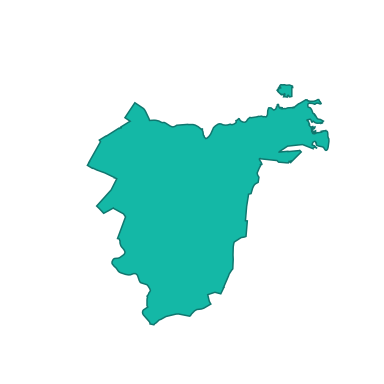 Inner West, New South Wales, Australia, rotated 24°
{"feature_id": "25037944B74627164094069", "entity_name": "Inner West", "entity_type": "district", "adm_level": 2, "iso_a3": "AUS", "parent_name": "Australia", "parent_adm1": "New South Wales", "projection": "natural_earth1", "projection_center": [151.167, -33.89], "detail": "fine", "context": "isolated", "style": "filled", "palette": "teal", "viewbox_px": 384, "rotation_deg": 24, "n_neighbors": 0, "source": "geoboundaries", "source_scale": "gbopen_adm2", "svg_char_len": 5835}
<svg xmlns="http://www.w3.org/2000/svg" viewBox="0 0 384 384"><g transform="rotate(24 192 192)"><path d="M254.8,286.7L253.2,285.6L252.1,284.6L248.1,279.4L253.7,274.3L259.7,273.3L259.9,267.1L259.6,266.9L260.1,265.8L259.6,265.4L259.5,253.6L259.3,252.0L260.1,246.7L260.4,246.4L260.5,245.6L257.0,236.7L255.1,232.9L252.0,225.4L251.3,222.9L250.9,220.8L251.2,220.1L255.4,213.7L258.3,211.7L259.4,210.6L254.3,195.9L252.5,196.5L247.7,182.7L244.9,172.1L244.5,171.1L246.6,169.4L245.8,163.6L245.9,160.9L246.2,159.7L246.8,158.5L248.5,156.3L247.2,151.4L246.8,151.0L245.2,150.0L243.8,148.2L243.7,143.0L243.9,140.1L243.7,139.5L243.4,139.1L244.5,138.6L244.6,138.2L243.1,136.8L240.4,135.0L240.1,134.1L240.5,133.7L240.8,133.9L256.9,128.7L258.9,129.5L266.8,126.8L268.3,126.1L268.3,124.6L270.2,125.0L270.3,124.5L269.2,124.1L270.2,123.0L270.8,123.2L275.5,111.0L273.6,110.2L273.5,110.5L273.2,110.5L263.2,116.1L263.0,115.8L255.4,120.1L255.3,119.7L260.7,111.2L269.3,106.2L273.7,103.7L284.8,103.2L284.6,102.9L286.0,100.9L287.8,101.3L287.9,101.0L286.2,100.5L285.3,100.0L282.6,100.1L282.3,98.8L282.3,97.4L282.5,96.9L283.5,95.8L284.3,95.7L284.9,96.4L285.4,96.4L285.8,96.9L285.6,97.2L286.8,98.5L289.1,98.5L292.6,97.7L293.4,97.7L294.4,98.0L296.5,99.4L297.4,99.5L298.0,99.1L298.4,97.6L298.1,95.6L296.5,90.1L295.4,87.8L294.5,87.2L293.3,85.6L292.6,84.0L291.6,82.3L290.9,81.7L290.4,81.6L289.5,81.8L289.2,81.4L287.2,83.0L287.0,82.8L285.4,84.0L286.0,84.6L285.8,84.7L283.5,86.3L282.4,86.8L280.3,89.0L279.5,89.3L278.8,89.4L278.6,89.4L278.6,89.2L280.6,86.9L280.0,85.8L278.3,87.8L277.9,88.8L276.8,87.7L277.0,87.6L276.9,87.5L276.7,87.7L276.6,87.3L276.4,87.1L277.2,86.4L277.1,86.2L276.3,87.1L275.9,86.6L278.0,84.2L277.8,84.0L276.3,85.7L275.7,85.2L278.0,82.7L277.9,82.5L275.2,85.3L274.5,84.7L276.1,83.3L275.7,83.0L274.3,84.4L272.6,83.7L271.8,83.2L271.4,82.4L271.7,82.2L269.0,79.7L268.6,80.0L268.0,79.8L267.8,79.4L267.9,79.2L270.3,77.4L271.4,77.8L272.4,78.9L273.2,79.4L273.5,79.1L273.6,78.4L273.8,78.0L276.4,78.6L278.3,78.3L280.6,77.2L281.5,76.4L281.9,76.7L281.7,76.9L281.8,77.0L283.1,75.8L283.0,75.5L282.5,75.8L282.3,75.6L282.8,75.2L282.9,74.5L283.2,73.8L279.8,73.5L277.7,74.1L276.6,73.9L275.7,73.4L273.7,71.9L273.5,72.2L273.1,72.1L272.5,71.5L272.6,71.3L272.0,70.9L271.8,71.1L270.3,70.7L268.2,68.5L266.5,67.3L265.6,67.0L263.7,67.2L263.4,67.1L262.4,65.6L262.2,64.8L262.3,64.1L263.2,62.9L263.3,63.1L265.7,62.2L268.1,61.8L268.2,62.0L268.7,61.7L269.0,61.2L269.3,60.5L270.8,59.6L272.9,59.5L273.7,59.2L274.0,58.7L272.6,57.5L272.2,57.6L270.2,56.0L269.2,56.5L268.2,58.0L267.2,58.8L267.1,59.1L265.7,59.9L263.0,61.1L261.0,61.4L261.0,61.6L260.1,61.2L260.1,61.4L259.8,61.4L259.3,61.2L258.5,61.4L254.6,66.9L253.4,68.2L251.3,72.2L251.1,72.9L250.5,73.4L250.2,73.2L249.9,73.3L249.8,73.6L250.3,73.8L249.8,74.1L249.7,73.9L249.5,74.0L245.4,76.1L243.5,77.9L242.6,78.1L240.4,79.4L240.1,78.3L238.0,78.9L238.2,79.6L237.6,79.4L236.4,78.4L235.6,77.1L235.1,76.9L234.7,77.1L234.4,77.6L234.8,78.8L234.8,79.7L234.6,79.9L234.7,80.0L234.7,82.2L233.7,83.6L233.2,83.9L230.0,83.0L228.0,83.8L227.8,84.1L228.1,86.9L229.5,90.6L229.4,92.5L229.1,93.3L227.1,93.8L226.6,94.3L224.6,94.4L223.3,95.3L221.7,96.0L221.3,96.5L220.2,97.3L215.8,100.1L214.6,100.3L213.3,102.9L213.1,104.6L212.8,105.6L212.1,106.6L211.4,107.0L210.0,107.4L207.8,107.3L206.9,107.0L205.4,105.9L204.8,106.0L204.1,107.9L203.1,108.9L204.0,110.2L204.0,110.8L202.8,112.8L201.5,114.0L200.5,114.5L199.3,114.5L197.4,116.2L195.5,117.3L193.1,118.0L190.8,118.0L189.2,118.6L188.2,119.4L186.5,122.1L185.5,124.5L185.5,131.2L185.2,133.0L184.8,134.6L183.8,136.7L182.9,137.6L180.9,136.8L180.3,135.9L179.3,135.4L177.5,132.5L176.7,131.7L176.0,131.2L176.1,130.6L175.9,130.2L175.6,130.2L175.3,130.9L170.9,129.8L167.6,129.6L165.4,130.0L161.0,132.0L160.7,131.9L151.3,137.0L150.8,137.3L150.1,138.5L149.0,139.7L147.9,140.4L146.6,140.6L145.3,140.6L140.0,139.8L138.2,139.8L136.7,140.7L135.1,140.8L133.0,140.6L129.8,141.2L128.0,141.9L124.1,143.9L123.0,142.6L116.8,137.3L114.8,135.9L113.4,135.4L103.5,133.7L100.5,151.4L106.7,152.5L100.6,161.5L101.2,161.9L101.1,162.3L100.7,162.1L100.4,162.3L99.6,163.7L99.2,163.5L91.0,175.8L90.8,175.7L90.5,176.0L86.2,182.3L88.0,183.3L85.8,206.4L86.0,206.3L85.6,210.2L91.4,210.9L91.8,210.5L96.5,210.6L104.5,210.0L115.2,210.3L115.3,210.7L116.4,210.4L117.9,210.5L117.3,223.0L110.6,243.6L114.2,244.9L120.0,247.4L126.7,238.6L127.1,238.9L138.3,239.8L141.4,241.8L142.9,264.8L144.5,264.5L146.2,266.1L146.6,267.1L147.2,268.2L148.8,270.0L149.8,270.7L153.2,272.3L154.9,273.7L155.4,274.5L155.4,276.4L155.0,277.3L152.7,281.3L151.5,282.5L148.5,284.1L147.7,285.0L147.4,286.0L147.3,288.0L147.7,289.2L148.2,290.0L150.8,291.4L153.8,292.4L156.9,294.3L158.1,294.7L159.7,294.8L164.8,294.3L167.6,293.6L169.4,292.7L171.7,290.4L173.4,289.6L174.2,289.6L176.0,290.2L179.9,294.4L181.5,295.6L182.4,295.7L188.5,295.0L189.9,295.6L192.6,297.4L194.0,298.8L194.1,300.1L193.7,301.5L193.8,303.5L193.3,305.3L193.5,305.8L193.9,305.9L194.3,306.6L194.3,307.4L194.8,308.9L197.1,314.1L198.4,315.1L195.6,319.5L195.4,320.8L195.8,322.2L196.5,323.2L197.5,324.0L205.9,327.9L207.1,329.0L207.3,329.6L211.2,328.8L211.4,327.7L212.5,326.0L214.1,322.1L215.3,321.1L218.9,316.3L227.1,310.0L229.3,308.9L240.3,306.4L240.9,305.6L241.1,303.8L242.7,299.5L244.2,297.4L248.1,295.1L250.0,293.4L254.8,286.7ZM241.5,55.6L240.7,54.4L237.5,54.6L234.8,56.1L232.8,56.4L230.9,57.4L229.6,57.8L229.1,58.8L229.0,60.2L229.5,60.0L229.7,60.3L229.1,60.7L229.0,61.0L230.4,60.4L230.7,60.9L229.4,61.7L229.3,62.7L228.8,62.8L228.5,63.8L229.2,63.8L229.3,64.5L228.9,64.7L229.7,65.1L229.7,65.3L233.6,66.7L233.6,66.4L234.4,66.6L234.7,66.1L235.9,66.2L235.9,65.8L236.4,65.8L236.5,64.7L237.1,64.8L237.0,67.8L237.3,67.7L237.4,66.6L237.9,66.7L238.1,67.1L239.7,66.8L240.1,66.2L240.6,66.3L240.4,65.5L240.5,65.1L240.2,64.9L240.4,64.5L242.6,65.4L244.3,64.1L240.7,56.0L241.5,55.6Z" fill="#14b8a6" stroke="#0f766e" stroke-width="1.5"/></g></svg>